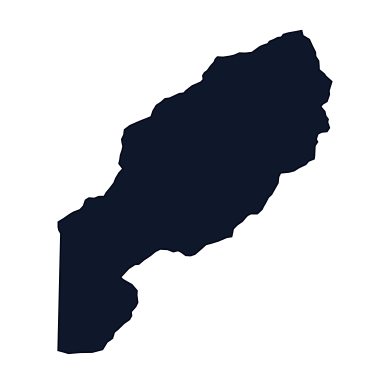 the district of Damianópolis, Goiás, Brazil, rotated 83°
{"feature_id": "56859067B27804700645392", "entity_name": "Damianópolis", "entity_type": "district", "adm_level": 2, "iso_a3": "BRA", "parent_name": "Brazil", "parent_adm1": "Goiás", "projection": "equal_earth", "projection_center": [-46.199, -14.556], "detail": "fine", "context": "isolated", "style": "filled", "palette": "ink", "viewbox_px": 384, "rotation_deg": 83, "n_neighbors": 0, "source": "geoboundaries", "source_scale": "gbopen_adm2", "svg_char_len": 2049}
<svg xmlns="http://www.w3.org/2000/svg" viewBox="0 0 384 384"><g transform="rotate(83 192 192)"><path d="M337.1,334.3L337.5,322.6L338.8,310.6L337.4,300.0L330.6,294.6L327.5,288.8L321.6,286.2L319.5,282.7L314.1,275.6L310.9,269.6L307.5,267.1L303.4,267.0L298.9,261.9L295.1,259.4L287.5,259.4L283.3,258.6L276.8,262.9L270.5,271.3L267.8,273.3L260.2,264.2L256.9,257.5L257.1,253.6L253.7,248.5L249.8,240.8L246.5,235.6L244.7,230.5L246.0,223.2L249.0,217.8L248.4,213.0L250.2,210.1L254.1,206.0L255.0,201.2L254.1,196.8L249.2,189.4L245.8,184.6L245.1,179.2L243.7,171.6L241.2,163.0L241.1,158.1L238.0,157.0L233.6,155.6L230.0,151.0L227.2,145.6L224.1,142.3L222.0,139.8L220.7,136.3L221.5,129.8L217.8,124.7L214.8,122.8L212.0,120.6L206.6,116.9L204.1,113.4L193.5,105.6L187.5,104.2L183.8,101.8L184.0,93.4L183.3,88.1L180.8,82.8L178.5,75.8L175.5,72.5L174.0,66.8L170.9,66.0L167.3,65.4L161.0,64.3L157.6,61.3L154.8,62.4L149.7,60.0L148.3,56.1L148.4,50.6L145.1,47.8L139.1,49.0L136.4,48.0L132.9,50.0L128.3,50.4L125.2,52.5L122.7,53.9L120.4,51.2L118.6,47.0L112.0,43.8L108.1,43.7L99.4,39.8L93.8,44.8L90.8,46.5L86.1,51.0L81.9,50.6L77.3,50.4L72.4,52.8L68.3,52.5L61.6,54.9L54.9,57.0L50.3,62.9L45.2,63.5L45.6,69.5L46.0,77.1L46.8,82.1L49.3,84.4L49.3,88.3L50.9,92.6L52.0,96.7L54.2,98.7L55.1,103.4L56.1,106.9L60.9,115.5L60.8,122.4L59.9,128.0L61.5,133.4L62.0,138.4L62.1,145.0L61.1,150.3L63.0,152.6L65.9,154.2L69.4,158.3L73.4,161.9L75.2,165.1L77.8,167.1L81.7,167.0L84.1,169.9L86.7,178.8L90.7,185.5L92.9,188.1L92.9,192.7L96.2,202.9L96.2,207.4L99.2,211.7L101.7,216.8L106.7,220.7L112.4,223.4L113.7,228.1L114.9,232.9L116.3,237.9L118.6,245.5L122.0,251.4L126.9,252.6L131.1,255.3L133.9,255.3L138.3,254.9L141.8,256.1L146.7,258.4L151.5,259.7L154.9,261.0L160.5,257.7L164.0,261.9L166.9,264.2L169.2,266.0L173.4,268.2L178.1,272.7L182.4,277.3L185.8,279.7L185.2,285.2L186.5,289.7L185.4,294.9L187.1,298.7L192.7,301.4L196.0,305.3L197.7,312.1L199.4,316.0L203.1,323.0L205.5,328.4L210.6,329.0L213.8,328.7L217.1,327.2L332.9,344.2L335.3,338.3L337.1,334.3Z" fill="#0f172a" stroke="#020617" stroke-width="1.5"/></g></svg>